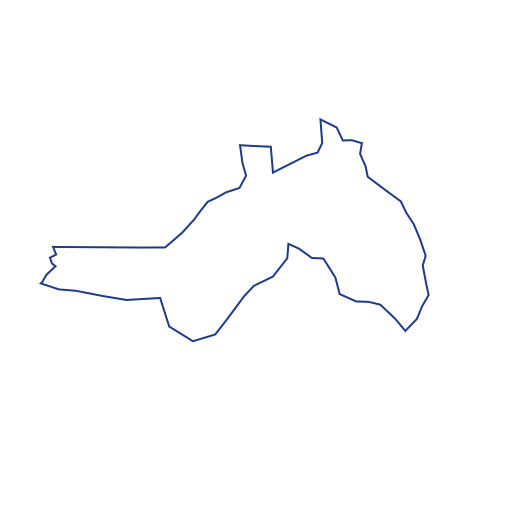 Agios Isidoros, Paphos, Cyprus (Mercator projection), rotated 218°
{"feature_id": "46923920B47952504764037", "entity_name": "Agios Isidoros", "entity_type": "district", "adm_level": 2, "iso_a3": "CYP", "parent_name": "Cyprus", "parent_adm1": "Paphos", "projection": "mercator", "projection_center": [32.473, 35.009], "detail": "fine", "context": "isolated", "style": "outline", "palette": "blue", "viewbox_px": 512, "rotation_deg": 218, "n_neighbors": 0, "source": "geoboundaries", "source_scale": "gbopen_adm2", "svg_char_len": 1026}
<svg xmlns="http://www.w3.org/2000/svg" viewBox="0 0 512 512"><g transform="rotate(218 256 256)"><path d="M408.7,101.9L390.8,108.3L376.5,117.7L352.2,130.1L331.0,141.6L305.7,163.9L281.0,147.0L253.3,150.0L239.8,169.1L239.9,189.8L240.6,216.8L239.3,231.2L230.0,250.2L230.0,273.5L237.9,285.5L227.0,288.2L210.7,288.9L201.4,295.5L180.2,287.9L166.6,277.5L149.0,281.9L139.0,289.2L128.1,294.2L107.5,292.2L92.2,288.9L90.5,305.5L94.2,318.9L95.9,331.5L104.8,338.9L118.8,351.2L122.4,360.6L137.0,370.2L151.3,378.2L164.2,382.6L175.5,388.2L194.8,387.6L216.7,387.2L225.0,394.2L236.9,400.6L242.0,410.1L251.7,406.3L258.7,400.5L271.5,406.9L289.3,403.3L273.4,385.8L271.1,375.4L278.1,366.0L294.0,332.2L311.6,351.2L327.5,339.9L336.8,333.5L324.2,321.2L313.3,313.2L310.9,299.5L318.9,287.5L322.9,277.9L327.5,268.9L327.5,256.9L327.2,246.9L328.5,228.9L332.9,206.8L351.4,192.2L421.5,138.2L421.0,138.0L414.4,134.1L415.8,131.0L417.4,127.8L412.2,124.5L407.7,124.5L409.6,112.1L408.4,104.2L408.7,101.9Z" fill="none" stroke="#1e3a8a" stroke-width="2"/></g></svg>